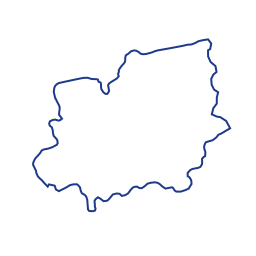 the district of Kruhlaye, Mogilev, Belarus, rotated 169°
{"feature_id": "67162791B94243355622129", "entity_name": "Kruhlaye", "entity_type": "district", "adm_level": 2, "iso_a3": "BLR", "parent_name": "Belarus", "parent_adm1": "Mogilev", "projection": "albers", "projection_center": [29.746, 54.199], "detail": "fine", "context": "isolated", "style": "outline", "palette": "blue", "viewbox_px": 256, "rotation_deg": 169, "n_neighbors": 0, "source": "geoboundaries", "source_scale": "gbopen_adm2", "svg_char_len": 2755}
<svg xmlns="http://www.w3.org/2000/svg" viewBox="0 0 256 256"><g transform="rotate(169 128 128)"><path d="M218.0,85.8L216.3,87.7L211.0,85.4L210.5,81.4L207.9,79.2L200.3,81.3L197.3,82.4L195.6,83.0L192.3,83.1L188.7,82.4L187.8,81.3L186.5,79.0L186.3,75.0L185.8,72.8L183.2,70.6L182.1,68.6L181.7,65.2L182.3,60.1L182.8,55.7L181.9,53.9L178.1,53.0L176.1,53.3L175.2,55.2L175.5,56.8L175.0,60.6L174.8,62.8L173.4,64.3L170.8,65.7L168.8,64.1L167.4,62.5L165.9,60.8L162.3,60.6L160.6,61.6L159.4,62.5L157.2,64.3L155.7,65.6L151.7,65.9L148.8,65.0L147.0,62.5L143.2,62.7L140.3,63.9L138.1,65.9L136.6,67.2L134.4,68.7L132.6,69.0L130.3,68.7L128.4,67.0L126.1,66.3L123.7,67.2L121.3,68.5L119.5,69.6L116.4,69.9L112.1,69.6L109.3,68.5L107.5,66.8L105.5,64.1L102.8,61.4L99.0,61.4L96.1,61.4L95.1,60.4L94.2,57.9L92.8,56.4L88.4,55.5L83.5,56.1L79.9,57.0L78.2,59.0L76.4,60.8L76.0,63.0L76.0,65.1L77.1,67.9L78.6,69.3L78.0,72.6L74.9,74.8L72.6,75.5L69.6,75.5L66.7,75.5L64.4,76.0L62.2,78.4L61.6,81.1L61.2,83.7L59.2,85.1L57.6,85.7L56.7,89.3L56.7,90.9L57.0,91.8L57.0,94.6L56.1,96.9L54.4,99.1L51.5,99.5L47.5,99.8L45.0,100.9L43.0,102.0L40.4,104.2L37.7,104.7L34.6,105.8L32.2,106.7L28.0,108.1L27.8,108.2L30.3,116.2L35.4,121.1L38.5,122.2L43.1,125.4L40.5,131.1L36.2,135.0L35.0,141.0L32.7,145.9L36.2,149.3L37.6,154.4L37.0,160.2L34.1,164.1L30.4,166.1L30.3,172.1L34.3,177.0L35.7,183.0L34.6,189.0L32.3,189.8L30.2,195.0L32.4,199.6L33.9,199.8L37.8,199.9L41.3,199.8L43.2,199.5L45.3,198.7L49.7,197.9L53.8,198.4L58.8,198.2L72.6,198.3L83.5,198.5L87.0,198.3L89.5,197.7L92.9,197.4L96.3,197.2L99.4,197.6L101.4,198.5L102.8,200.3L105.0,202.2L107.2,203.0L110.1,202.8L112.1,201.7L113.4,200.9L115.2,200.2L116.3,199.7L117.1,198.0L117.6,196.2L117.9,194.6L118.7,193.1L120.4,191.6L122.0,190.5L123.9,188.8L125.4,187.3L126.2,186.0L126.2,184.9L127.5,182.9L127.2,180.6L129.6,178.7L132.5,177.6L135.7,176.4L138.2,175.3L139.4,173.7L139.4,171.6L139.5,168.0L141.6,165.5L143.5,165.7L145.4,167.8L146.8,171.5L146.6,173.8L146.1,176.6L146.3,177.9L148.1,179.1L148.3,181.3L150.1,182.1L152.6,182.6L154.9,183.3L158.0,185.0L162.3,185.7L167.9,185.7L179.9,185.5L183.8,185.4L187.4,185.3L189.7,184.5L191.6,183.1L192.7,181.4L194.0,177.7L193.9,174.9L193.8,171.8L193.5,170.4L193.4,170.4L192.5,167.1L191.7,164.4L191.1,161.9L191.4,160.0L192.4,156.9L193.2,154.4L192.1,152.1L191.0,149.7L193.0,148.7L194.8,148.5L196.3,149.3L198.0,150.2L200.6,150.2L203.3,149.5L204.5,147.6L204.4,145.3L202.7,143.3L202.3,140.2L202.6,137.3L202.5,134.6L200.8,131.7L199.8,129.9L199.9,126.5L201.1,125.1L205.9,123.6L210.3,123.0L214.8,123.0L217.0,122.4L219.0,120.2L221.8,118.0L224.7,115.9L226.1,114.3L227.6,112.1L228.2,110.0L227.5,107.3L227.1,105.9L226.5,103.5L226.5,101.1L225.8,97.9L224.4,95.6L222.5,93.1L220.6,89.8L218.0,85.8Z" fill="none" stroke="#1e3a8a" stroke-width="2"/></g></svg>